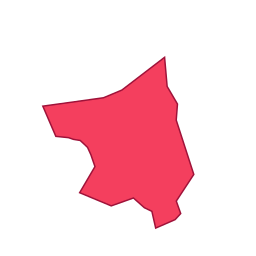 an SVG outline of Beltinci, rotated 117°
{"feature_id": "SVN-1039", "entity_name": "Beltinci", "entity_type": "Municipality", "adm_level": 1, "iso_a3": "SVN", "parent_name": "Slovenia", "parent_adm1": "", "projection": "mercator", "projection_center": [16.25, 46.606], "detail": "fine", "context": "isolated", "style": "filled", "palette": "rose", "viewbox_px": 256, "rotation_deg": 117, "n_neighbors": 0, "source": "natural_earth", "source_scale": "10m", "svg_char_len": 455}
<svg xmlns="http://www.w3.org/2000/svg" viewBox="0 0 256 256"><g transform="rotate(117 128 128)"><path d="M48.4,127.5L73.2,112.0L84.2,94.8L99.1,88.6L139.5,48.3L171.2,51.8L180.3,42.2L188.2,44.4L204.6,57.9L191.4,68.9L191.6,77.2L187.9,91.4L205.0,107.6L207.6,141.7L177.4,139.9L168.6,149.0L163.6,155.3L160.8,164.9L162.9,171.5L163.6,176.6L168.2,188.5L147.2,213.8L112.2,163.6L97.0,150.7L48.4,127.5Z" fill="#f43f5e" stroke="#9f1239" stroke-width="1.5"/></g></svg>